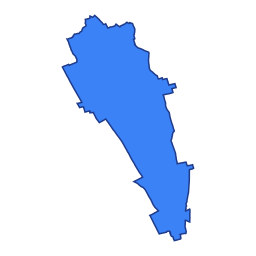 outline of Padureni, Vaslui, Romania
{"feature_id": "2599482B79481700134071", "entity_name": "Padureni", "entity_type": "district", "adm_level": 2, "iso_a3": "ROU", "parent_name": "Romania", "parent_adm1": "Vaslui", "projection": "equal_earth", "projection_center": [28.096, 46.567], "detail": "fine", "context": "isolated", "style": "filled", "palette": "blue", "viewbox_px": 256, "rotation_deg": 0, "n_neighbors": 0, "source": "geoboundaries", "source_scale": "gbopen_adm2", "svg_char_len": 5654}
<svg xmlns="http://www.w3.org/2000/svg" viewBox="0 0 256 256"><path d="M180.7,238.4L180.8,238.2L180.8,237.6L180.7,237.3L180.7,237.0L180.5,236.7L180.4,236.4L180.6,236.0L180.6,235.8L180.5,235.1L180.6,234.6L180.3,234.4L182.1,233.9L184.6,233.4L185.1,233.5L185.8,233.5L186.0,233.1L186.1,232.1L186.2,231.9L186.2,231.6L185.7,229.6L185.6,228.7L185.1,227.3L185.0,226.6L185.0,225.5L185.2,225.0L185.2,223.5L185.3,222.9L185.3,220.9L185.2,220.4L185.6,220.3L186.2,220.5L186.6,220.6L188.6,221.6L189.5,221.9L189.7,222.0L189.7,221.9L189.9,217.4L189.8,215.6L189.8,213.9L189.9,212.4L189.9,210.0L189.8,209.3L189.7,209.1L186.4,210.7L185.7,211.0L185.5,210.7L185.5,210.2L185.7,209.4L185.8,208.9L186.0,208.8L186.1,208.3L186.0,208.0L185.9,207.7L186.0,207.3L186.0,206.9L186.4,206.4L186.5,205.8L186.0,204.3L186.1,203.7L186.1,203.3L186.3,202.9L186.6,202.5L186.9,201.9L187.0,200.8L186.9,200.2L187.0,199.7L187.4,198.3L187.4,197.8L187.6,196.8L188.5,192.4L189.3,180.1L189.4,169.6L192.6,168.9L192.9,168.6L193.6,168.2L193.5,167.7L193.3,167.0L193.1,166.8L192.9,166.3L192.6,164.7L190.8,165.2L187.2,165.8L186.0,162.1L177.2,163.7L177.2,163.2L177.1,162.5L176.3,159.2L176.0,156.9L175.6,154.7L175.5,154.3L175.6,153.9L175.6,153.6L175.0,151.9L174.2,149.4L174.0,149.0L173.5,147.6L172.5,144.9L171.6,142.1L171.2,141.5L171.1,141.1L171.0,140.8L171.9,137.9L172.0,136.9L172.2,136.3L172.5,134.4L172.8,133.1L173.0,132.8L173.3,131.9L174.1,131.5L174.2,131.2L174.2,130.7L174.1,130.2L173.4,128.5L172.9,126.4L172.3,124.5L172.0,123.9L171.0,120.7L169.9,116.6L169.7,115.3L169.7,114.9L169.2,112.7L169.1,112.3L167.0,109.5L165.7,106.4L165.5,104.1L165.6,103.4L165.6,103.1L165.2,101.7L164.7,100.3L163.9,96.7L163.8,96.4L163.4,95.7L163.2,94.9L165.4,94.4L165.9,94.4L166.5,94.2L167.8,93.9L169.2,93.7L171.3,93.1L173.0,92.5L171.9,88.6L176.1,87.6L174.9,83.6L168.9,85.0L166.9,78.6L165.9,78.7L162.6,79.5L162.2,77.8L159.5,78.7L158.3,78.9L157.7,77.4L157.3,75.9L157.2,75.8L155.3,74.7L152.2,71.8L150.8,70.8L149.9,69.7L149.4,68.8L149.5,68.2L149.1,67.0L149.1,65.7L148.6,62.6L148.5,59.6L148.8,56.4L148.8,54.9L148.9,54.1L149.0,53.2L148.7,52.2L145.6,51.0L144.4,50.5L141.4,49.0L138.0,47.8L137.7,47.7L136.6,46.6L135.0,45.0L134.7,44.5L135.1,44.4L133.5,39.3L134.6,39.1L134.8,38.4L133.9,35.9L133.9,35.3L134.0,34.9L134.3,34.6L134.2,34.4L134.4,33.4L134.4,33.0L134.7,32.2L134.7,31.6L134.8,30.2L134.8,28.9L134.3,27.9L133.9,26.9L133.6,26.3L133.1,25.5L133.0,25.1L133.0,24.8L132.8,24.1L132.2,23.4L130.7,23.0L129.8,22.6L129.7,22.8L129.6,23.4L129.4,23.5L128.9,23.4L128.7,23.2L127.6,22.8L127.5,22.5L127.4,22.4L126.5,22.4L126.3,22.9L126.1,23.0L125.7,23.2L125.5,23.5L124.4,24.2L123.4,24.5L123.1,25.0L122.4,25.1L121.2,25.6L120.8,25.8L120.5,26.4L119.9,26.8L119.6,26.8L119.4,26.8L119.1,26.3L118.8,26.0L118.3,25.8L118.0,25.6L117.5,25.3L116.8,24.8L116.7,24.5L116.3,24.2L116.0,24.1L115.8,24.3L115.2,25.3L115.0,26.0L114.9,26.1L113.4,26.3L112.6,26.7L111.7,27.0L110.8,26.9L109.9,27.1L109.6,27.3L109.4,27.5L107.9,28.0L105.7,23.8L105.2,24.2L104.7,24.3L103.3,24.3L102.5,23.2L102.3,22.9L100.6,21.2L99.6,20.1L99.4,19.7L98.5,18.9L98.3,18.6L98.0,18.5L97.2,17.6L95.0,15.7L94.7,15.4L93.4,16.7L92.5,17.3L90.5,16.2L90.2,16.1L89.9,16.1L90.0,16.5L89.9,17.5L90.0,18.0L88.7,18.6L85.3,19.4L85.6,21.8L85.2,23.0L85.2,23.3L86.0,24.9L86.1,25.2L86.0,25.4L85.8,26.0L85.3,26.4L84.9,26.6L84.0,27.3L83.5,27.4L83.1,28.0L82.8,28.0L82.4,28.8L82.0,30.0L81.9,30.6L81.8,31.0L81.6,31.2L80.0,32.1L79.2,33.5L78.3,33.4L77.4,33.5L76.9,33.7L75.6,34.1L75.1,34.2L74.8,34.0L74.4,34.1L74.0,34.9L73.5,35.3L73.1,36.0L73.1,36.7L72.6,36.8L72.3,37.1L72.4,37.3L72.2,37.5L71.3,37.8L70.9,38.1L70.2,38.1L67.5,39.2L67.1,39.1L67.9,40.9L68.3,41.3L68.7,42.5L69.2,44.5L69.7,45.4L70.0,46.6L70.4,47.7L70.7,48.0L71.0,49.1L71.0,49.8L71.9,51.2L73.0,53.8L73.4,54.3L74.9,55.6L75.2,56.0L75.7,56.8L76.3,58.4L76.6,58.6L76.8,59.1L76.9,59.7L76.9,60.7L76.8,61.2L76.9,61.7L76.7,62.2L71.7,64.2L70.5,64.7L69.9,64.9L69.3,65.3L68.6,64.4L67.0,65.1L63.4,66.4L62.4,67.0L67.1,76.0L68.5,78.3L69.4,80.3L74.7,89.9L77.5,94.7L77.8,95.3L79.6,98.3L81.8,102.4L78.1,103.3L77.6,103.4L77.2,103.4L77.4,103.8L78.2,105.0L79.6,107.6L81.1,107.2L83.4,106.8L83.8,107.9L83.9,108.6L84.3,109.5L85.0,112.1L88.0,111.3L89.9,111.0L90.1,111.1L89.9,111.6L89.9,112.8L93.5,112.5L93.5,113.1L93.9,113.7L94.8,115.6L95.4,116.6L95.6,117.2L95.9,117.7L96.2,118.5L98.2,121.0L98.7,121.8L99.3,122.6L103.1,120.6L105.7,119.0L106.0,119.4L107.6,121.7L108.0,122.1L109.9,125.0L110.6,125.9L112.1,128.2L113.2,129.8L114.6,131.4L117.1,135.0L119.1,137.6L121.7,141.2L123.6,144.5L124.6,146.3L124.8,146.8L126.5,149.6L126.5,149.8L128.0,152.5L128.3,152.7L128.7,153.5L131.4,158.9L134.3,163.6L135.1,165.3L137.0,168.4L137.1,168.7L137.6,169.4L139.5,172.6L140.0,173.2L141.1,174.7L142.6,177.2L133.9,181.6L137.3,183.3L137.6,183.5L138.8,184.7L140.2,185.7L140.5,186.1L141.2,186.6L141.9,186.9L143.1,187.5L143.6,187.9L144.4,188.8L145.2,189.8L145.5,190.1L146.1,191.3L146.6,192.2L149.2,197.1L150.2,198.7L151.0,199.9L151.1,200.3L151.3,200.8L151.8,201.6L152.6,203.6L153.1,204.4L153.4,205.1L154.1,205.9L154.3,206.4L155.1,207.5L156.5,208.8L157.0,209.4L158.0,210.4L158.4,210.8L156.3,212.1L154.5,212.9L154.2,213.3L153.1,213.8L152.2,214.4L149.8,215.4L150.3,216.1L154.1,223.8L156.2,227.9L158.5,232.5L159.2,233.9L160.3,233.6L166.5,232.2L167.1,231.4L168.3,231.2L169.4,231.2L169.7,231.3L170.0,231.6L170.0,232.0L169.9,232.5L170.3,232.5L170.4,233.0L170.5,233.1L170.5,233.3L170.2,233.7L170.4,234.2L170.6,234.8L171.0,235.1L171.0,235.6L171.3,235.8L171.4,236.2L172.2,236.6L172.7,236.7L173.0,237.0L173.2,237.5L173.2,237.8L173.4,238.2L173.5,238.7L173.7,239.0L173.6,239.3L173.8,239.6L174.0,239.9L174.2,240.1L174.3,240.6L175.8,240.3L180.4,239.0L180.8,238.7L180.7,238.4Z" fill="#3b82f6" stroke="#1e3a8a" stroke-width="1.5"/></svg>